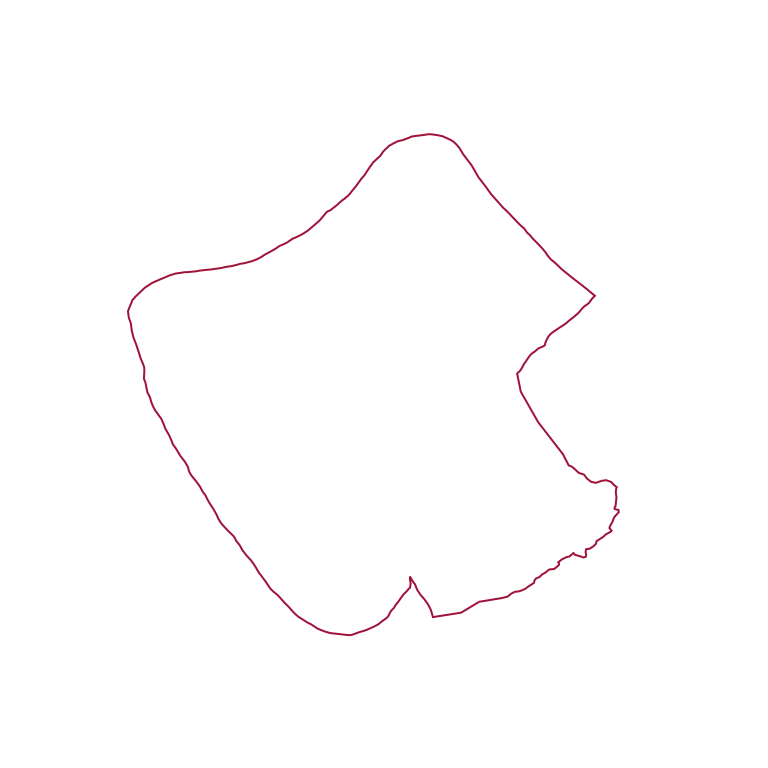 outline of Barentu, Gash Barka, Eritrea, rotated 111°
{"feature_id": "51966322B45373579076089", "entity_name": "Barentu", "entity_type": "district", "adm_level": 2, "iso_a3": "ERI", "parent_name": "Eritrea", "parent_adm1": "Gash Barka", "projection": "equal_earth", "projection_center": [37.661, 15.11], "detail": "fine", "context": "isolated", "style": "outline", "palette": "rose", "viewbox_px": 768, "rotation_deg": 111, "n_neighbors": 0, "source": "geoboundaries", "source_scale": "gbopen_adm2", "svg_char_len": 4894}
<svg xmlns="http://www.w3.org/2000/svg" viewBox="0 0 768 768"><g transform="rotate(111 384 384)"><path d="M584.1,254.8L569.8,230.0L553.2,217.1L541.5,197.1L538.1,192.3L534.1,190.1L531.0,187.2L529.4,184.0L527.1,181.1L524.5,178.7L521.5,176.8L518.8,174.8L515.9,172.7L513.6,173.1L511.0,172.4L508.3,169.5L505.3,168.3L502.4,165.9L499.9,164.4L497.9,163.2L495.7,158.8L490.5,155.9L488.9,156.2L488.0,157.4L484.2,155.2L480.4,151.8L478.6,149.2L474.8,147.0L473.9,146.5L475.0,144.6L474.5,138.5L474.5,135.6L472.9,133.7L470.9,134.1L468.7,135.6L465.8,136.1L464.0,132.9L460.4,130.3L457.0,128.8L454.5,129.3L450.7,126.4L447.5,124.2L445.3,123.3L440.6,119.4L439.4,118.9L437.6,122.0L434.9,122.0L430.5,121.3L428.2,121.4L425.4,121.2L421.3,119.6L419.6,118.9L417.6,119.9L417.9,122.2L417.9,124.1L416.2,124.5L414.9,124.1L406.4,126.4L402.3,128.7L398.6,129.7L396.9,129.7L395.9,133.0L394.0,136.9L394.2,142.2L396.4,146.1L400.3,150.7L401.1,155.3L399.6,160.5L396.9,164.8L397.2,170.3L395.0,175.6L393.8,179.2L393.8,182.4L385.4,191.8L364.4,226.4L342.1,253.6L326.6,263.4L325.3,263.0L323.8,262.1L321.9,261.4L318.9,260.9L316.7,260.7L315.3,260.5L312.6,259.8L308.2,258.8L306.1,258.3L303.4,257.3L302.1,256.6L299.9,255.0L296.8,253.3L295.6,252.8L293.4,250.5L292.6,249.7L291.6,248.7L291.0,248.3L290.3,247.8L289.2,247.9L287.6,248.1L285.8,248.1L283.4,247.9L280.4,247.4L279.0,246.9L277.3,246.3L275.5,245.2L274.1,244.3L271.0,242.1L268.0,240.0L265.1,237.9L262.6,236.1L257.9,233.6L254.2,231.3L250.6,229.4L248.7,228.3L246.2,227.3L243.8,226.5L241.3,225.6L238.8,224.3L237.9,223.5L236.3,222.5L234.9,221.7L233.6,221.4L231.2,220.7L229.1,220.1L226.1,218.7L222.4,229.6L220.8,234.7L220.0,237.6L218.4,242.8L217.1,247.2L215.2,252.9L213.4,258.6L210.6,265.1L209.0,269.4L207.9,272.9L205.5,277.2L203.1,280.5L200.3,285.6L197.4,291.7L195.2,296.7L192.9,300.8L191.4,304.6L188.5,309.0L187.0,313.3L184.9,317.9L182.4,323.2L178.6,331.2L176.9,335.6L173.6,342.0L170.9,347.2L168.3,352.2L166.0,355.7L163.7,359.1L160.4,364.5L157.1,369.9L153.3,374.6L150.2,378.4L147.9,381.4L145.3,385.7L141.2,392.3L136.5,398.3L134.0,403.1L133.0,405.7L132.3,409.0L132.1,411.4L131.7,417.9L132.5,423.0L133.9,429.3L135.1,432.4L137.3,436.2L140.1,441.5L143.0,446.8L145.7,449.5L149.4,453.7L152.4,458.1L156.8,462.1L160.0,464.8L161.9,465.5L165.0,467.1L167.7,468.2L172.6,469.3L175.3,470.8L176.2,471.2L179.3,472.7L181.1,473.6L184.4,474.4L186.6,475.0L191.8,476.2L195.7,476.9L200.5,478.7L206.2,480.2L208.8,480.9L212.6,482.1L215.4,483.1L218.3,483.9L220.7,484.9L221.6,485.3L225.1,487.2L227.5,488.8L230.2,490.3L233.4,491.8L237.9,494.5L240.8,496.2L241.8,497.2L242.5,498.0L243.5,498.8L245.5,499.8L247.0,500.1L250.3,501.3L253.6,502.4L256.1,503.6L259.5,505.4L263.6,507.6L268.0,510.0L272.4,513.2L275.6,515.9L278.7,518.8L281.0,521.3L286.2,524.9L289.1,527.4L292.4,530.9L296.2,533.5L298.7,535.5L301.2,537.5L304.0,540.0L306.8,542.3L309.1,543.8L312.2,546.5L314.0,548.3L316.5,551.1L318.9,554.4L321.1,557.4L323.2,561.1L325.7,564.4L328.6,568.6L331.0,573.0L334.7,578.6L336.8,582.6L338.8,586.0L341.0,590.5L344.0,596.3L346.2,600.0L349.3,606.1L351.3,610.6L353.0,613.5L354.1,615.5L355.8,618.5L359.9,623.6L361.9,625.6L366.5,630.4L370.0,634.0L373.0,636.9L376.3,639.2L379.7,641.7L383.2,643.4L386.0,644.7L391.6,647.4L393.8,648.1L395.4,648.9L404.5,649.1L407.8,649.1L413.4,646.1L415.6,644.2L418.1,642.1L424.9,638.4L430.7,634.3L435.7,629.7L441.4,625.0L447.4,620.3L452.0,615.8L454.6,613.7L458.0,612.3L462.1,611.0L465.2,609.9L468.6,606.9L471.6,605.1L476.8,601.7L480.3,597.7L484.0,595.0L487.4,591.9L490.5,588.4L493.5,583.8L496.5,579.2L500.9,574.9L504.2,572.0L508.7,566.4L512.9,562.2L515.9,559.5L519.1,554.7L524.0,548.5L527.9,542.1L531.7,537.3L533.6,536.0L535.6,534.5L538.4,531.1L539.9,528.5L541.7,525.3L545.7,519.1L549.6,514.6L551.7,511.1L553.3,509.3L555.2,507.3L556.4,505.8L558.2,503.6L561.1,499.5L562.7,497.4L566.4,493.0L568.6,491.0L571.6,487.2L572.9,485.2L575.8,479.4L576.7,477.4L580.0,469.8L580.8,468.7L582.5,466.7L583.6,465.6L585.3,462.4L586.5,460.6L589.7,456.9L593.4,450.8L596.4,444.8L599.3,440.4L601.2,437.9L605.0,433.1L607.3,429.3L609.7,425.5L613.2,420.3L614.5,418.6L616.1,416.1L617.6,412.5L619.0,408.0L621.7,402.5L623.9,398.4L626.1,393.3L628.7,388.4L630.5,384.6L632.0,380.4L632.8,376.3L634.1,370.0L634.5,365.9L635.4,361.8L636.2,358.1L636.3,350.7L636.0,346.7L635.7,344.5L634.4,339.6L633.2,334.9L632.4,331.8L631.5,328.4L630.7,325.8L629.3,323.6L626.5,320.4L624.0,317.5L622.8,315.8L620.2,312.5L614.8,307.1L610.6,303.3L606.0,300.7L603.1,298.7L600.6,297.2L597.8,296.6L595.0,296.5L592.3,295.7L589.2,294.4L586.2,294.0L582.5,292.7L578.7,291.8L575.2,290.9L573.1,290.3L571.7,289.6L570.2,288.9L569.0,288.4L566.5,287.6L565.8,287.3L564.7,286.7L563.2,287.1L562.2,287.3L561.0,287.6L559.9,288.1L558.5,289.0L556.8,289.9L554.4,290.8L556.2,288.7L558.5,285.7L559.8,283.4L563.7,279.8L564.9,278.4L567.9,274.1L570.2,269.6L572.0,266.9L573.4,264.7L577.2,260.2L580.4,257.5L583.0,255.6L584.1,254.8Z" fill="none" stroke="#9f1239" stroke-width="2"/></g></svg>